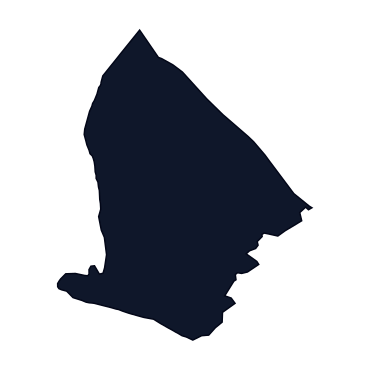 Madagali, Adamawa, Nigeria (Natural Earth projection), rotated 285°
{"feature_id": "59680162B31090464189446", "entity_name": "Madagali", "entity_type": "district", "adm_level": 2, "iso_a3": "NGA", "parent_name": "Nigeria", "parent_adm1": "Adamawa", "projection": "natural_earth1", "projection_center": [13.488, 10.795], "detail": "fine", "context": "isolated", "style": "filled", "palette": "ink", "viewbox_px": 384, "rotation_deg": 285, "n_neighbors": 0, "source": "geoboundaries", "source_scale": "gbopen_adm2", "svg_char_len": 1766}
<svg xmlns="http://www.w3.org/2000/svg" viewBox="0 0 384 384"><g transform="rotate(285 192 192)"><path d="M59.3,136.1L59.4,141.7L59.4,144.4L59.3,148.9L59.5,151.4L59.0,155.6L58.6,161.9L58.5,165.6L58.4,176.0L58.4,178.0L59.2,187.8L56.8,195.7L54.5,204.5L53.9,207.1L53.0,210.6L52.4,212.7L52.1,214.3L50.6,219.6L50.5,224.0L49.2,231.1L55.7,238.5L58.1,245.2L67.0,249.7L74.1,254.8L83.7,252.6L84.5,253.3L95.6,262.4L99.7,257.3L100.2,250.5L116.7,255.5L118.6,257.2L123.5,255.2L125.8,256.9L126.2,261.0L129.1,266.3L139.3,275.2L141.7,272.6L146.3,260.3L150.1,262.8L153.9,268.1L157.7,269.6L161.0,267.8L167.1,271.3L169.1,270.5L171.0,272.3L171.3,276.8L171.7,286.3L178.7,292.0L192.6,305.4L200.0,301.4L206.8,305.7L205.0,309.1L207.8,311.9L208.7,308.9L216.8,290.7L232.6,270.6L241.7,259.0L246.6,252.9L256.5,238.5L260.1,231.9L272.1,207.2L274.7,201.8L285.8,182.1L305.4,151.7L306.9,148.0L309.8,140.8L313.0,128.1L313.3,124.7L334.4,100.0L334.5,99.8L334.8,99.5L315.4,90.9L306.8,87.1L300.8,84.5L292.0,80.6L284.9,77.5L281.1,75.8L275.5,75.8L274.3,75.8L273.3,76.1L271.1,75.9L269.5,75.2L268.8,74.9L266.7,74.9L265.1,74.9L261.9,74.9L255.0,74.0L251.9,73.1L248.9,73.1L243.5,72.2L225.0,72.1L219.6,73.0L213.9,76.3L210.3,78.3L205.7,81.8L202.6,83.6L201.1,86.3L198.8,88.0L195.9,89.7L195.7,89.8L191.8,91.5L186.4,93.3L183.4,95.1L180.3,95.9L177.2,98.6L172.6,100.4L169.5,102.1L164.5,103.7L161.0,104.8L157.2,106.5L151.8,108.3L144.1,108.2L143.9,108.3L131.8,114.2L125.5,119.1L109.3,125.7L96.1,127.2L90.5,127.1L88.7,123.8L95.5,116.9L94.2,113.6L90.4,112.6L86.1,113.8L84.1,113.0L83.6,109.9L83.1,100.4L80.3,91.2L74.2,87.7L71.9,86.8L68.8,85.9L65.7,86.8L64.2,88.5L63.8,91.3L63.8,96.6L59.2,104.4L58.8,113.7L58.2,118.2L58.4,121.4L59.0,124.8L59.2,126.6L59.3,136.1Z" fill="#0f172a" stroke="#020617" stroke-width="1.5"/></g></svg>